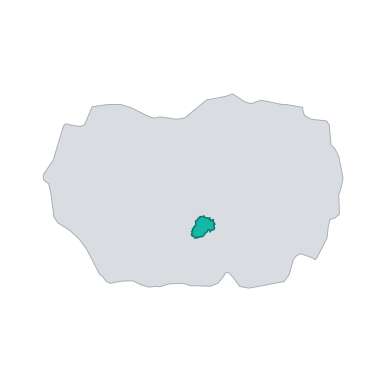 location of Zelenikovo, Zelenikovo, North Macedonia, rotated 193°
{"feature_id": "65306769B35230400843522", "entity_name": "Zelenikovo", "entity_type": "district", "adm_level": 2, "iso_a3": "MKD", "parent_name": "North Macedonia", "parent_adm1": "Zelenikovo", "projection": "robinson", "projection_center": [21.57, 41.832], "detail": "fine", "context": "in_parent", "style": "filled", "palette": "teal", "viewbox_px": 384, "rotation_deg": 193, "n_neighbors": 0, "source": "geoboundaries", "source_scale": "gbopen_adm2", "svg_char_len": 1879}
<svg xmlns="http://www.w3.org/2000/svg" viewBox="0 0 384 384"><g transform="rotate(193 192 192)"><path d="M172.9,100.3L179.4,101.1L193.4,97.5L202.1,92.4L206.6,91.7L212.5,89.7L221.0,90.0L229.6,92.2L240.6,89.3L251.3,84.6L255.7,85.8L260.4,89.8L263.4,90.9L281.4,112.1L291.2,120.7L302.8,127.2L316.0,131.9L320.8,136.5L329.3,159.1L333.4,167.6L339.0,170.2L340.3,172.7L340.6,175.9L334.4,191.8L332.1,227.3L330.5,230.1L323.9,230.0L315.1,230.8L311.8,233.5L308.4,252.6L294.3,258.1L281.5,261.2L270.7,260.5L251.6,255.9L245.4,255.4L240.1,258.0L223.2,259.4L215.7,262.7L198.3,285.1L180.5,292.8L174.5,296.7L160.9,291.8L154.5,291.3L145.1,297.0L124.5,297.5L118.9,298.5L103.1,299.4L102.4,296.3L99.5,291.8L92.2,289.7L77.0,291.5L73.4,288.2L67.2,269.3L62.4,266.2L57.0,259.8L47.9,239.2L47.7,230.2L48.4,222.3L43.4,203.8L46.6,199.1L51.3,196.2L51.4,188.7L50.1,177.4L55.8,155.2L57.3,153.6L58.7,154.7L72.2,156.4L75.7,153.6L78.0,149.2L78.8,133.0L82.0,125.5L114.7,111.2L124.3,110.7L131.6,117.2L137.5,121.4L141.0,121.3L142.2,117.1L146.2,108.9L152.9,104.3L172.8,100.3L172.9,100.3Z" fill="#d9dde1" stroke="#a8b0b8" stroke-width="1"/><path d="M181.4,159.1L181.8,159.1L182.2,158.6L182.6,157.0L183.2,155.9L182.5,154.8L183.5,153.4L183.0,153.0L182.7,151.9L183.0,150.4L182.2,150.2L182.6,149.9L182.3,149.5L179.5,148.6L178.7,147.8L178.0,148.9L177.5,148.9L177.7,148.4L177.1,148.8L176.6,148.4L174.8,149.9L174.1,149.9L173.5,150.5L171.7,150.9L170.1,153.6L170.0,154.9L168.6,156.2L168.0,157.2L168.1,158.3L167.3,159.0L166.5,158.9L165.3,157.4L164.7,158.9L162.0,160.6L162.0,162.3L163.4,164.1L162.5,165.8L163.1,166.0L163.4,167.0L164.0,167.1L164.8,168.1L164.9,169.7L165.5,169.7L166.1,169.0L168.1,169.2L168.0,168.6L168.7,169.2L169.0,170.1L168.8,170.6L173.7,169.9L174.8,171.3L177.8,169.8L178.6,169.9L178.9,168.6L179.9,168.1L180.7,165.6L182.0,164.4L180.9,161.4L181.4,159.1Z" fill="#14b8a6" stroke="#0f766e" stroke-width="1.5"/></g></svg>